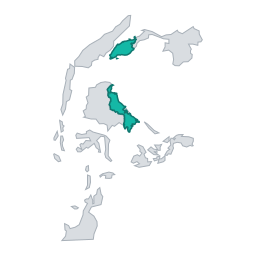 Malaysia highlighted, Albers equal-area conic projection, rotated 90°
{"feature_id": "MYS", "entity_name": "Malaysia", "entity_type": "country or territory", "adm_level": 0, "iso_a3": "MYS", "parent_name": "Asia", "parent_adm1": "", "projection": "albers", "projection_center": [110.864, 4.107], "detail": "fine", "context": "with_neighbors", "style": "filled", "palette": "teal", "viewbox_px": 256, "rotation_deg": 90, "n_neighbors": 4, "source": "natural_earth", "source_scale": "50m", "svg_char_len": 10210}
<svg xmlns="http://www.w3.org/2000/svg" viewBox="0 0 256 256"><g transform="rotate(90 128 128)"><path d="M239.3,162.7L240.6,194.1L236.1,190.4L231.0,189.6L229.9,191.0L223.6,191.4L225.6,187.4L228.6,185.9L227.2,180.8L224.7,176.8L215.0,173.0L210.9,172.7L203.4,168.5L202.0,170.9L200.1,171.4L198.9,169.6L198.9,167.5L195.0,165.2L200.3,163.3L203.8,163.3L203.3,162.0L196.2,162.2L194.1,159.4L189.7,158.6L187.6,156.2L194.2,154.9L196.6,153.2L204.6,155.0L207.0,164.6L212.2,167.4L216.1,162.1L221.7,159.0L226.0,158.8L234.0,162.0L239.3,162.7ZM161.0,195.2L161.7,197.6L158.5,201.2L154.3,202.3L153.7,201.8L156.2,197.2L161.0,195.2ZM206.5,184.6L205.9,181.0L207.8,177.6L208.9,179.0L209.0,181.3L206.5,184.6ZM125.4,132.5L122.6,136.9L126.3,141.5L125.4,143.8L131.0,148.2L125.2,148.9L123.6,152.2L123.8,156.6L119.1,160.0L119.0,164.9L117.2,172.3L116.4,170.6L110.9,172.8L108.9,169.8L105.4,169.6L102.9,168.0L97.1,169.8L95.3,167.4L88.0,167.1L87.3,160.6L84.8,159.3L82.5,155.1L81.8,150.8L82.4,146.3L85.3,143.0L86.1,146.3L89.4,149.1L92.6,148.1L95.7,148.4L98.6,146.0L100.9,145.5L105.5,146.9L109.5,145.8L112.0,139.0L113.9,137.3L115.5,131.7L125.4,132.5ZM182.2,165.5L187.6,166.7L189.5,170.4L185.3,168.5L175.0,168.5L176.1,165.8L182.2,165.5ZM170.0,170.5L166.6,169.7L165.6,167.6L170.5,167.3L171.8,168.9L170.0,170.5ZM174.6,141.3L175.0,144.0L177.9,144.4L178.4,146.3L178.2,150.6L175.7,150.2L175.0,153.2L177.1,155.7L175.7,156.3L173.7,153.3L172.1,147.1L173.0,143.1L174.6,141.3ZM144.0,147.5L155.8,147.8L160.6,144.2L161.5,145.3L157.6,150.2L154.0,151.2L149.2,150.3L136.8,151.4L136.2,155.1L140.6,159.4L143.2,157.2L152.3,155.4L152.0,157.6L149.8,157.0L147.7,159.8L143.4,161.8L148.2,168.0L147.3,169.6L151.8,175.2L151.8,178.3L149.2,179.8L147.2,178.1L149.6,174.1L144.8,176.1L143.5,174.8L144.1,172.9L140.5,170.1L140.9,165.3L137.6,166.9L138.4,179.4L135.2,180.2L133.1,178.8L134.5,174.3L133.7,169.6L131.6,169.6L130.0,166.3L132.0,163.1L135.1,151.9L136.1,149.8L140.2,146.1L144.0,147.5ZM138.0,202.1L131.3,198.8L135.9,197.8L140.3,200.7L140.0,202.0L138.0,202.1ZM143.0,193.8L146.3,193.4L150.7,191.6L150.1,194.3L142.6,195.7L136.0,195.2L136.0,193.5L139.9,192.4L143.0,193.8ZM127.8,193.2L130.8,192.7L132.1,194.8L120.3,196.4L121.9,193.7L124.7,193.6L126.0,191.9L127.8,193.2ZM79.4,184.0L80.1,185.7L89.5,186.2L90.6,184.2L99.8,186.5L101.6,189.6L109.0,190.5L115.1,193.3L109.5,195.1L104.0,193.2L94.4,193.0L80.4,189.9L78.4,190.5L69.3,188.4L68.5,186.4L64.0,186.0L67.4,181.4L73.4,181.7L79.4,184.0ZM59.3,158.0L60.1,161.4L61.8,164.1L65.4,164.6L67.8,167.7L66.5,173.7L66.2,181.2L60.8,181.3L56.6,177.2L50.4,173.2L44.6,166.2L38.6,155.7L34.3,151.5L31.2,143.5L26.8,140.3L24.3,136.1L20.7,133.3L15.7,127.8L15.4,125.3L26.0,126.6L41.2,142.3L46.1,142.4L50.2,145.8L53.0,149.9L56.7,152.2L54.7,156.2L57.5,157.9L59.3,158.0Z" fill="#d9dde1" stroke="#a8b0b8" stroke-width="1"/><path d="M64.0,83.2L59.5,82.4L53.2,83.3L50.1,87.3L51.2,93.1L46.9,90.9L42.8,90.9L43.5,87.1L39.3,87.1L38.8,92.4L34.5,103.7L34.8,107.3L37.9,107.5L39.8,111.9L40.6,116.2L43.3,119.0L46.2,119.6L48.7,122.2L47.1,124.2L43.9,124.7L43.5,122.2L39.6,120.0L38.8,120.9L36.9,119.0L36.1,116.5L31.2,111.4L30.4,114.2L29.5,111.5L31.6,103.8L36.7,94.4L34.9,89.9L34.5,85.0L30.2,78.7L31.9,77.8L33.7,73.7L26.6,62.8L28.6,61.9L30.9,56.9L34.2,56.7L39.8,53.7L41.8,55.1L42.1,58.0L45.3,58.2L44.1,63.2L44.1,67.5L49.2,64.7L50.6,65.5L53.5,65.4L54.4,63.8L58.1,64.1L61.7,68.0L61.9,72.7L65.8,76.9L65.6,81.0L64.0,83.2Z" fill="#d9dde1" stroke="#a8b0b8" stroke-width="1"/><path d="M141.3,92.9L136.7,86.9L140.9,87.0L142.6,88.7L141.3,92.9ZM146.9,105.0L149.1,102.3L149.6,99.2L152.2,98.9L151.5,102.2L155.0,97.4L154.6,102.1L149.9,108.3L146.9,105.0ZM165.5,106.7L167.3,116.9L165.7,121.4L163.8,116.5L161.6,119.0L163.2,122.6L161.9,124.9L156.1,122.2L154.7,118.6L156.1,116.3L153.0,114.0L151.5,116.1L149.2,115.9L145.7,118.7L144.8,117.3L146.7,113.1L152.3,109.9L154.1,112.0L157.8,110.6L158.5,108.4L161.9,108.3L161.6,104.5L165.5,106.7ZM128.2,107.1L121.8,111.8L124.1,108.4L130.4,101.9L132.9,97.1L133.8,101.0L128.2,107.1ZM146.1,64.0L145.4,65.9L147.0,69.3L145.8,73.3L143.0,74.9L142.3,78.8L143.4,82.6L146.0,83.1L148.1,82.5L154.2,85.1L153.8,87.7L155.4,88.9L154.9,91.1L151.1,88.8L149.3,86.3L148.1,88.1L145.0,85.2L140.6,86.0L138.2,85.0L138.4,83.0L139.9,81.7L138.4,80.6L137.8,82.4L135.4,79.6L134.7,77.6L134.5,73.0L136.4,74.5L136.8,67.1L138.3,62.7L141.2,62.7L144.2,64.0L145.7,62.8L146.1,64.0ZM145.1,96.7L144.4,94.4L147.3,95.9L150.3,95.8L150.3,97.8L145.0,101.4L145.1,96.7ZM161.8,92.8L163.3,98.2L159.5,97.0L160.9,101.6L158.6,102.7L158.3,99.3L156.9,99.1L156.1,96.1L158.9,96.5L158.8,94.6L155.8,91.0L160.4,91.0L161.8,92.8Z" fill="#d9dde1" stroke="#a8b0b8" stroke-width="1"/><path d="M113.5,126.1L113.0,131.7L110.7,131.5L109.7,133.2L107.4,130.7L113.5,126.1Z" fill="#d9dde1" stroke="#a8b0b8" stroke-width="1"/><path d="M123.9,132.3L123.7,132.3L123.3,132.2L122.4,131.7L121.5,131.5L120.3,131.5L119.6,131.4L119.3,131.5L119.1,131.5L118.9,131.4L118.7,131.4L118.2,131.7L117.7,131.5L117.3,131.4L116.8,131.5L116.3,131.8L115.7,131.5L115.4,131.6L115.1,132.0L114.6,132.3L114.4,132.8L114.2,133.3L114.1,133.5L114.1,134.5L114.0,135.0L114.1,135.7L114.1,135.9L113.9,136.3L113.7,137.1L113.8,137.3L113.7,137.5L113.6,137.9L113.2,138.1L112.9,138.1L112.5,138.0L112.3,138.2L111.9,138.6L111.8,138.9L111.8,139.1L111.8,139.3L111.7,139.5L111.7,139.9L112.0,140.0L112.2,140.5L111.8,140.8L111.2,141.3L110.6,141.7L110.3,141.8L110.2,142.0L110.3,142.8L110.5,142.9L110.5,143.1L110.4,143.5L110.2,143.7L109.9,143.8L109.7,144.6L109.6,144.9L109.3,145.4L109.2,145.6L108.4,145.5L107.8,145.6L107.1,145.7L106.5,145.7L106.0,145.8L105.7,146.1L105.3,146.4L104.9,146.7L104.6,146.8L104.1,146.4L103.8,146.5L103.4,146.3L101.9,145.8L101.6,145.8L101.5,145.7L101.5,145.3L101.3,145.2L99.0,145.2L98.4,145.4L97.9,145.6L97.6,145.8L97.5,146.3L97.3,146.8L97.1,147.3L96.3,147.4L95.8,147.9L95.6,148.0L95.2,147.9L94.8,147.9L94.5,148.0L94.2,148.0L93.2,147.8L92.3,147.7L91.5,147.9L89.9,148.6L89.4,148.6L89.2,148.5L88.9,148.3L88.5,148.0L87.5,147.0L87.1,146.8L86.9,146.6L86.7,146.3L86.3,146.0L86.0,145.8L85.6,145.4L85.2,145.0L85.1,144.2L84.8,144.0L84.7,143.8L84.7,143.6L85.1,142.9L85.4,143.6L85.6,143.8L86.3,144.2L86.8,144.5L87.5,144.5L88.1,144.6L88.4,144.5L88.6,144.4L88.9,144.5L90.2,145.3L90.7,145.4L91.3,145.4L91.5,145.4L92.3,146.0L92.5,146.1L92.9,146.0L92.1,145.6L92.0,145.2L92.0,144.9L92.4,144.6L92.6,144.4L92.6,143.6L92.8,143.1L93.0,142.8L93.1,142.4L92.8,142.1L92.8,141.6L92.8,141.2L93.0,140.9L93.5,141.3L93.8,141.3L94.0,141.2L94.0,140.6L94.0,140.0L94.3,139.4L94.9,139.1L95.4,138.9L97.3,138.6L100.3,137.8L101.2,137.5L101.5,137.4L101.8,137.2L102.3,136.5L103.1,135.4L103.7,134.5L105.0,133.3L106.1,132.1L106.2,131.8L106.4,131.2L106.4,130.9L106.4,130.6L106.5,130.4L106.9,130.5L107.3,130.7L107.5,130.9L107.7,131.2L107.8,131.5L107.8,131.8L108.0,132.0L108.5,132.0L108.9,132.7L109.2,133.0L109.4,133.1L109.6,133.1L110.0,132.8L110.2,132.4L110.4,131.9L110.5,131.5L110.5,131.3L110.3,131.0L110.1,130.0L110.1,129.7L110.6,129.3L111.0,129.0L111.4,128.8L111.4,129.8L111.6,130.4L111.8,131.3L112.1,131.4L112.5,131.5L112.9,131.4L112.7,131.0L112.6,130.1L112.4,129.6L112.1,129.0L112.0,128.8L113.1,128.7L113.4,128.5L113.8,128.1L114.0,127.9L114.1,127.4L113.6,127.1L113.3,126.7L113.3,126.3L114.0,125.5L114.2,125.4L114.3,125.6L114.6,125.7L114.9,125.7L115.2,125.7L115.5,125.3L115.7,124.8L116.4,124.0L116.7,123.4L116.8,122.8L118.5,120.8L118.7,120.5L119.7,118.6L119.9,118.5L120.1,118.7L120.2,119.3L120.2,119.6L120.0,120.0L119.9,120.4L120.1,120.4L120.6,120.2L121.1,119.5L121.3,118.9L121.6,118.6L122.1,118.8L122.2,119.3L122.2,119.5L122.4,120.1L122.8,120.4L123.4,120.6L123.9,120.8L124.1,121.0L124.2,121.3L124.4,121.6L124.4,122.0L124.0,122.4L124.2,123.0L124.1,123.3L124.0,123.6L123.4,123.9L125.0,123.6L125.4,123.5L125.9,123.1L126.2,123.4L126.4,124.0L126.2,124.2L125.6,124.4L125.5,124.5L125.7,124.8L126.0,124.7L126.6,124.5L127.1,124.2L127.3,124.2L127.6,124.3L128.1,124.5L128.4,124.6L128.6,124.9L128.8,125.3L129.4,125.5L130.5,126.1L130.8,126.1L131.0,126.2L131.6,126.1L131.8,126.2L132.0,126.4L132.1,126.7L132.0,127.0L131.8,127.4L131.4,127.7L130.3,128.1L129.2,128.4L128.6,128.4L127.8,128.1L127.5,128.2L127.2,128.3L126.8,129.1L127.5,129.8L128.7,130.6L128.8,130.8L128.8,131.1L128.6,131.2L128.4,131.3L127.7,131.5L127.0,131.6L126.5,131.7L126.0,131.9L125.4,131.8L124.7,131.5L124.2,131.7L124.0,132.2L123.9,132.3ZM38.9,121.0L39.0,120.8L39.1,120.0L39.2,119.9L39.4,119.8L39.6,119.8L40.0,120.5L41.1,120.9L41.4,121.0L41.8,120.8L42.0,120.9L42.2,121.1L42.3,121.6L42.6,122.0L43.1,121.9L43.3,122.0L43.5,122.4L43.6,123.0L43.5,123.4L43.1,124.0L43.1,124.3L43.3,124.5L43.5,124.8L43.7,125.0L43.9,125.0L44.1,124.8L44.3,124.5L44.4,124.2L45.1,123.9L45.9,123.7L46.0,123.7L46.1,123.8L46.3,124.2L46.5,124.3L47.0,124.3L47.4,124.1L47.6,123.7L47.7,123.4L48.3,122.8L48.4,122.4L48.5,122.1L49.4,122.3L49.7,122.4L50.6,124.0L51.9,125.0L52.4,125.4L52.8,125.6L53.3,126.2L53.8,126.9L54.9,129.0L55.0,129.8L55.1,131.2L54.8,133.2L54.6,134.2L54.6,134.7L55.0,135.5L54.9,136.2L54.9,136.7L54.9,138.3L55.1,138.8L55.4,139.1L56.7,140.1L56.8,140.4L57.4,141.7L58.6,144.3L59.0,145.5L58.9,145.8L58.4,146.0L58.1,145.8L58.0,145.6L58.1,145.4L57.9,145.2L57.7,145.0L57.5,144.8L57.5,145.1L57.5,145.6L57.2,145.6L56.7,145.5L56.1,145.6L55.4,146.2L55.0,146.2L54.8,145.7L54.6,145.4L54.4,145.1L52.2,143.9L51.4,143.6L50.5,142.7L48.5,141.6L47.3,140.6L46.8,140.0L45.5,139.5L45.0,138.8L44.7,138.7L44.4,138.5L44.7,137.9L44.6,137.2L44.5,136.7L43.6,135.6L43.1,134.8L42.3,134.1L42.0,133.6L41.7,133.1L41.9,133.0L42.1,132.9L41.9,132.5L41.4,131.9L41.2,131.1L41.2,129.8L40.5,127.8L40.0,125.2L40.1,124.2L40.0,123.2L39.6,122.3L39.1,121.6L38.9,121.0ZM121.6,117.7L121.3,117.9L121.2,117.6L121.3,117.2L121.7,116.8L122.2,116.8L122.3,117.1L122.2,117.4L122.1,117.6L121.6,117.7ZM37.6,120.8L37.9,121.4L37.8,121.6L37.7,121.7L37.3,121.8L37.1,121.8L36.9,121.5L36.7,121.3L36.6,121.1L36.9,121.0L37.1,121.1L37.5,120.9L37.6,120.8ZM93.7,141.0L93.3,140.9L93.3,139.4L93.5,139.3L93.7,139.6L93.7,140.3L93.7,140.8L93.7,141.0ZM39.7,126.6L39.2,126.7L39.3,125.9L39.5,125.8L39.8,125.9L39.9,126.0L39.7,126.6ZM125.4,132.2L124.7,132.3L124.2,132.3L124.3,132.1L124.3,131.9L124.5,131.9L124.8,131.9L125.4,132.2ZM58.7,139.4L58.3,139.4L58.3,139.2L58.5,138.7L58.7,139.2L58.7,139.4ZM44.5,138.0L44.3,138.0L44.3,137.9L44.3,137.7L44.5,137.6L44.5,138.0Z" fill="#14b8a6" stroke="#0f766e" stroke-width="1.5"/></g></svg>